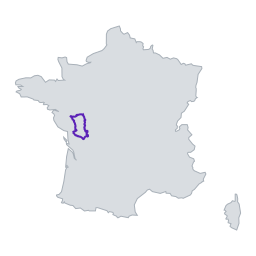 Deux-Sèvres highlighted on a map of France
{"feature_id": "FRA-5285", "entity_name": "Deux-Sèvres", "entity_type": "Metropolitan department", "adm_level": 1, "iso_a3": "FRA", "parent_name": "France", "parent_adm1": "", "projection": "albers", "projection_center": [-0.346, 46.535], "detail": "fine", "context": "in_parent", "style": "outline", "palette": "violet", "viewbox_px": 256, "rotation_deg": 0, "n_neighbors": 0, "source": "natural_earth", "source_scale": "10m", "svg_char_len": 5639}
<svg xmlns="http://www.w3.org/2000/svg" viewBox="0 0 256 256"><path d="M197.2,97.5L195.5,98.7L194.6,100.8L193.5,101.4L191.5,101.6L190.4,100.5L188.0,101.5L187.1,102.9L188.7,104.3L184.3,111.2L181.4,113.2L181.0,117.5L177.6,121.0L176.4,124.4L176.4,125.1L177.4,126.1L177.2,128.3L175.4,129.9L175.5,131.3L176.1,131.4L178.9,130.1L179.9,128.7L179.2,127.0L181.9,124.6L187.2,124.6L188.1,127.4L187.6,129.9L191.9,134.8L188.8,137.5L188.7,139.2L192.6,144.1L195.0,146.1L194.2,149.7L190.7,152.3L188.4,152.3L187.5,153.0L187.7,154.1L189.5,157.1L193.7,158.8L194.5,161.2L193.5,162.1L192.0,166.0L192.9,167.7L192.7,168.5L193.2,169.7L194.4,170.8L200.2,173.4L205.1,172.3L205.9,174.0L203.3,179.1L203.7,181.2L202.2,181.4L202.0,182.2L199.0,184.0L194.5,189.3L192.2,190.9L191.5,193.5L190.3,195.0L183.2,198.3L181.8,197.8L178.3,198.2L175.9,196.6L171.6,195.8L170.1,193.4L166.1,193.2L165.8,191.5L160.3,193.4L152.4,191.6L149.6,189.2L147.3,190.0L145.4,192.3L137.3,198.6L134.3,204.9L135.2,211.9L137.3,215.3L132.1,215.0L129.1,216.2L128.3,217.7L120.9,216.2L118.3,217.7L117.5,217.7L116.5,216.2L112.9,214.6L113.4,213.4L112.9,212.4L109.5,211.6L108.3,212.7L107.0,210.7L97.5,207.6L96.0,207.7L95.4,210.9L89.3,210.9L88.5,210.3L84.5,211.0L80.4,208.0L75.7,208.6L72.9,205.5L70.2,205.2L66.3,203.6L64.5,202.8L64.3,201.9L63.2,203.2L61.7,202.9L61.4,202.5L62.4,200.8L62.6,198.8L57.8,197.3L56.5,195.8L56.5,195.0L59.1,194.4L61.5,191.7L63.8,181.7L65.6,169.9L66.7,167.7L68.2,167.1L67.0,165.5L65.6,167.6L66.6,156.7L68.3,148.6L72.2,152.0L73.1,153.4L74.3,158.3L76.5,160.3L75.0,158.4L73.7,151.9L72.8,150.1L66.6,144.6L66.4,143.4L69.1,144.0L68.0,140.0L67.5,131.5L63.8,130.6L57.9,126.9L53.9,120.4L53.5,117.9L54.6,115.4L53.7,113.7L52.0,112.6L53.4,110.4L54.6,110.2L58.8,111.6L55.4,109.4L49.8,110.0L47.5,109.2L47.2,107.7L48.8,105.7L46.9,104.5L43.7,104.7L43.3,104.1L44.3,102.7L43.5,102.2L40.9,102.6L39.4,102.2L38.1,100.5L33.9,100.0L33.0,99.0L27.3,96.9L21.2,97.0L19.7,93.7L16.1,91.9L16.9,91.0L20.6,90.2L21.3,89.3L18.7,87.9L17.9,86.5L22.8,86.5L20.6,85.0L15.9,84.8L15.4,82.9L16.1,80.9L18.9,79.3L25.9,77.8L30.8,77.9L34.4,75.8L37.9,75.3L41.2,76.6L45.5,82.3L49.2,79.9L54.5,80.1L55.6,81.5L57.0,79.0L58.2,80.5L64.7,80.1L63.2,79.1L62.0,76.7L61.9,68.0L58.7,61.7L57.9,59.4L58.2,57.4L62.0,57.9L65.1,57.0L66.6,57.6L67.0,61.7L68.3,64.1L77.1,64.8L82.2,66.1L86.5,63.8L90.5,62.7L90.8,62.2L88.5,62.4L86.4,61.5L86.1,60.4L87.2,57.2L93.3,53.6L102.1,50.5L104.3,48.5L106.9,44.9L106.3,44.0L106.4,34.2L107.6,31.0L110.9,28.6L119.3,26.0L120.5,29.0L120.5,30.8L122.8,33.4L124.0,34.2L127.6,32.6L129.5,35.1L130.2,37.9L134.8,38.9L136.3,42.6L137.0,41.7L139.9,41.7L141.2,42.0L143.1,43.5L142.7,45.8L143.6,46.8L142.9,48.9L143.5,49.8L148.7,49.4L150.2,48.4L150.8,46.3L152.3,45.0L152.9,45.3L152.2,49.2L153.0,50.2L153.5,52.9L155.5,53.0L159.5,54.9L163.0,58.3L167.0,57.4L170.3,59.2L173.5,57.9L176.7,58.7L177.9,59.7L181.2,64.5L183.3,63.3L184.9,63.8L185.6,65.2L191.4,63.8L192.6,65.1L193.9,65.5L201.6,66.6L201.9,68.5L198.1,74.4L197.0,82.4L196.0,85.2L195.7,87.3L196.2,88.6L196.2,90.7L195.8,95.9L196.5,97.3L197.2,97.5ZM237.7,198.6L237.6,201.8L239.1,204.0L240.6,213.1L238.8,217.8L239.0,223.3L236.7,230.0L231.6,227.7L230.0,226.3L231.0,223.7L228.1,222.7L228.5,220.3L228.0,219.1L226.1,219.2L225.9,218.6L227.1,216.7L227.0,215.5L225.0,214.3L224.5,213.1L226.1,211.5L225.1,210.3L224.1,210.1L226.0,205.6L227.5,204.2L231.0,202.6L232.4,200.8L234.9,201.4L235.2,200.9L235.2,194.2L236.0,194.0L236.9,194.8L237.7,198.6ZM66.9,140.4L66.4,142.4L64.0,139.0L63.7,137.2L66.9,140.4Z" fill="#d9dde1" stroke="#a8b0b8" stroke-width="1"/><path d="M75.9,135.4L75.5,135.3L75.2,135.0L73.9,133.3L73.5,133.0L73.6,132.7L73.6,132.4L73.5,132.1L73.4,131.8L73.6,131.7L73.8,131.6L74.3,131.3L74.5,131.3L74.9,131.3L75.0,131.3L75.1,131.2L75.6,130.7L75.9,130.6L76.0,130.6L76.3,130.6L76.5,130.3L76.4,130.1L76.2,129.9L75.7,129.5L75.4,129.6L75.3,129.4L75.3,129.1L75.3,128.9L75.4,128.6L75.4,128.4L75.2,127.1L75.2,126.9L75.3,126.7L75.5,126.5L75.5,126.4L75.5,126.2L75.4,125.5L75.4,125.1L75.3,124.9L75.1,124.5L75.0,124.3L75.0,124.1L75.0,123.8L74.9,123.6L74.9,123.4L74.5,122.6L74.1,121.9L73.9,121.6L73.9,121.3L74.1,121.0L74.1,120.9L74.1,120.7L73.9,120.5L73.6,120.2L72.8,119.6L72.6,119.5L72.5,119.2L72.4,118.9L72.4,118.4L72.3,118.2L72.1,117.9L71.7,117.7L71.4,117.1L71.2,116.8L70.6,116.4L70.7,116.2L70.8,116.1L71.0,116.1L71.8,116.6L72.1,116.7L72.3,116.7L73.1,116.5L73.5,116.6L74.4,116.7L75.3,116.6L75.6,116.5L75.9,116.2L76.6,115.9L76.6,115.7L76.5,115.4L76.4,115.3L76.5,115.1L76.8,114.9L77.1,114.8L77.4,114.8L77.7,115.0L77.9,115.0L78.8,114.7L79.2,114.5L80.8,114.3L81.6,114.4L81.9,114.3L82.1,114.3L82.4,114.5L82.5,114.7L82.5,114.8L82.6,115.0L83.0,115.2L83.2,114.9L83.5,115.7L83.6,116.4L83.7,116.5L83.8,116.6L84.0,116.7L84.1,116.8L84.2,117.1L84.2,117.3L84.2,117.5L84.6,118.9L84.8,119.3L85.2,119.6L85.2,120.1L84.8,120.2L84.6,120.2L84.5,120.6L84.5,121.2L84.6,121.5L84.9,121.9L85.0,122.0L85.0,122.3L85.0,122.5L84.9,123.0L84.6,123.4L84.5,123.8L84.4,124.1L84.4,124.5L84.5,124.7L84.6,124.8L85.0,125.0L85.1,125.3L85.1,125.5L84.7,126.6L84.4,127.0L84.3,127.5L84.3,127.8L84.6,128.0L84.7,128.6L84.6,129.4L84.8,129.7L85.1,130.0L85.2,130.7L85.3,131.0L85.5,131.4L85.9,131.7L86.1,131.6L86.3,131.2L86.6,131.0L86.8,130.8L87.1,130.8L87.5,131.1L87.5,131.6L87.4,132.1L87.2,132.6L86.7,133.3L86.6,133.6L86.5,133.9L86.5,134.1L86.7,134.4L86.9,134.6L87.7,134.9L87.9,135.1L88.0,135.4L88.0,135.6L87.9,135.8L87.8,136.0L87.9,136.3L87.6,136.5L87.4,136.4L87.2,136.2L86.2,136.2L85.4,136.6L84.7,137.3L84.3,138.1L84.1,138.5L83.9,138.8L83.7,139.0L83.3,139.1L83.0,138.9L82.2,137.9L80.9,137.0L80.3,136.7L79.2,136.7L78.5,136.1L78.1,136.1L77.4,136.2L77.1,135.9L76.8,135.5L76.5,135.3L75.9,135.4Z" fill="none" stroke="#5b21b6" stroke-width="2"/></svg>